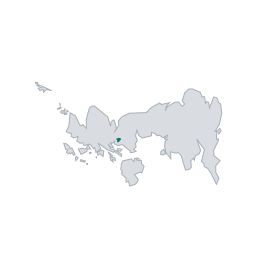 East Renfrewshire on a map of United Kingdom (orthographic projection), rotated 286°
{"feature_id": "GBR-2003", "entity_name": "East Renfrewshire", "entity_type": "Unitary District", "adm_level": 1, "iso_a3": "GBR", "parent_name": "United Kingdom", "parent_adm1": "", "projection": "orthographic", "projection_center": [-4.331, 55.752], "detail": "fine", "context": "in_parent", "style": "filled", "palette": "teal", "viewbox_px": 256, "rotation_deg": 286, "n_neighbors": 0, "source": "natural_earth", "source_scale": "10m", "svg_char_len": 3959}
<svg xmlns="http://www.w3.org/2000/svg" viewBox="0 0 256 256"><g transform="rotate(286 128 128)"><path d="M136.3,197.2L126.4,204.0L123.2,203.6L119.4,200.3L115.3,200.7L117.0,199.0L113.6,197.5L107.6,199.7L105.0,198.1L103.4,194.9L116.3,186.6L118.2,182.5L117.1,181.3L116.8,175.5L110.2,177.6L114.9,171.2L120.6,168.2L125.5,167.4L128.1,169.0L127.3,166.4L128.4,165.8L130.1,168.1L131.9,167.9L128.3,164.2L129.8,160.1L128.5,158.0L130.0,155.8L130.3,151.7L127.0,152.7L122.3,144.6L123.6,140.6L128.2,137.2L122.6,137.4L118.3,140.5L115.1,139.3L112.2,141.0L109.0,139.3L107.9,142.2L105.5,139.1L105.2,136.7L106.4,136.6L110.5,127.0L108.3,123.3L109.0,119.0L111.6,118.8L108.8,116.7L109.3,114.7L104.9,119.7L104.9,116.4L107.3,113.3L103.2,117.2L103.1,121.9L101.2,129.0L98.9,129.5L101.8,121.3L100.6,121.1L101.7,112.9L105.4,103.4L100.5,107.6L95.7,104.0L99.9,101.5L98.5,100.6L101.4,96.9L101.7,94.4L99.4,91.7L99.4,90.0L101.6,88.6L100.0,86.2L101.5,82.3L106.0,82.3L103.5,78.8L104.3,75.6L107.5,75.2L106.8,72.9L107.5,69.5L113.2,70.6L126.7,68.2L125.2,74.1L117.6,80.9L117.2,82.9L119.0,83.6L116.2,88.1L124.6,85.5L136.8,85.4L139.0,87.0L139.9,89.6L133.1,105.5L124.8,110.8L129.2,110.1L131.7,111.5L131.5,112.7L124.4,117.1L119.9,115.9L127.7,118.5L132.4,116.9L137.2,119.1L142.6,125.2L147.8,141.3L154.1,144.7L160.9,151.6L159.7,153.4L163.7,160.9L159.3,158.8L154.9,159.3L159.0,159.7L165.7,166.0L166.9,169.2L163.7,174.2L166.5,175.8L169.4,172.6L177.5,172.8L182.1,175.6L183.3,178.8L182.3,187.5L178.4,190.6L179.1,193.0L173.2,195.6L175.0,196.2L175.0,198.4L169.7,200.8L181.4,201.8L181.5,205.2L177.5,208.1L176.7,210.4L168.0,214.1L156.3,214.7L148.7,212.6L149.7,214.0L141.5,216.1L142.4,217.9L141.5,218.4L130.0,216.5L125.2,218.2L122.0,225.6L115.9,222.7L109.5,224.6L104.7,229.3L98.3,228.5L107.5,220.1L111.2,215.6L112.0,211.8L114.6,210.9L115.9,207.9L128.3,207.4L136.3,197.2ZM95.6,154.0L88.7,153.7L88.8,151.7L85.0,147.0L81.3,152.0L78.2,151.7L75.6,150.2L72.7,145.6L77.0,143.1L75.4,141.1L79.4,140.0L81.5,135.2L83.2,134.1L84.5,134.9L86.2,132.5L91.3,131.6L95.0,132.1L99.2,139.7L97.4,143.0L100.6,142.6L101.8,145.7L101.6,146.8L99.6,144.8L99.7,147.9L100.8,148.1L100.2,150.0L97.8,150.6L95.6,154.0ZM95.8,73.1L94.5,76.3L92.2,78.1L93.4,79.5L87.9,84.4L86.7,83.1L89.1,81.1L87.1,79.6L87.9,78.7L86.9,77.8L87.6,75.5L90.5,76.2L90.1,74.1L95.5,70.5L95.8,73.1ZM95.9,89.2L95.9,92.8L100.6,94.5L97.3,97.9L96.9,94.9L94.0,94.8L89.7,90.2L93.9,86.1L95.9,89.2ZM141.5,30.7L143.6,34.2L144.5,33.7L142.8,44.4L142.6,39.2L139.0,36.9L141.7,35.9L139.7,33.0L141.5,30.7ZM99.2,111.1L93.6,111.9L95.5,108.2L93.7,106.7L95.9,105.3L99.4,108.3L99.2,111.1ZM114.4,166.1L117.4,168.2L113.7,171.4L111.7,169.1L111.6,166.7L114.4,166.1ZM95.3,118.7L95.6,123.9L93.3,124.8L93.4,121.5L91.4,123.0L92.3,120.1L95.3,118.7ZM126.6,59.5L126.4,61.2L129.4,62.1L125.5,62.9L123.7,61.0L124.6,58.7L126.6,59.5ZM106.0,128.0L103.6,127.3L103.2,123.9L105.2,123.4L106.0,128.0ZM153.0,216.3L150.9,218.3L147.1,217.0L150.0,214.8L153.0,216.3ZM96.9,121.0L95.9,119.5L99.6,115.3L98.8,117.4L96.9,121.0ZM85.4,85.5L86.5,86.6L85.5,88.3L82.2,86.9L85.4,85.5ZM84.5,96.1L83.2,95.8L83.1,91.1L84.5,91.3L84.5,96.1ZM144.6,32.4L143.4,30.7L143.9,28.5L144.9,29.1L144.6,32.4ZM129.6,57.8L128.8,58.2L126.5,55.3L127.2,54.8L129.6,57.8ZM125.6,65.2L124.5,65.4L123.3,63.1L124.5,63.1L125.6,65.2ZM146.7,26.7L146.4,29.1L145.5,28.9L145.5,26.8L146.7,26.7ZM132.4,56.1L130.2,56.9L132.6,55.6L132.4,56.1ZM94.3,99.3L93.6,99.5L92.8,98.3L93.9,97.7L94.3,99.3ZM128.2,64.5L127.4,65.9L126.8,64.6L128.2,64.5ZM91.5,105.6L90.1,106.1L92.0,104.9L91.5,105.6ZM82.7,98.9L81.8,99.1L81.4,98.7L82.3,97.9L82.7,98.9Z" fill="#d9dde1" stroke="#a8b0b8" stroke-width="1"/><path d="M112.2,122.2L112.3,122.1L112.6,121.9L113.1,121.7L113.7,121.3L113.9,121.1L113.9,121.4L114.0,121.6L114.3,121.6L114.6,121.5L114.8,121.4L115.0,121.4L115.2,121.6L115.1,121.9L115.0,122.1L115.1,122.4L115.2,122.5L115.3,122.7L115.4,122.9L115.4,123.2L115.3,123.5L115.2,123.5L114.7,123.5L114.0,123.1L112.4,122.4L112.2,122.2Z" fill="#14b8a6" stroke="#0f766e" stroke-width="1.5"/></g></svg>